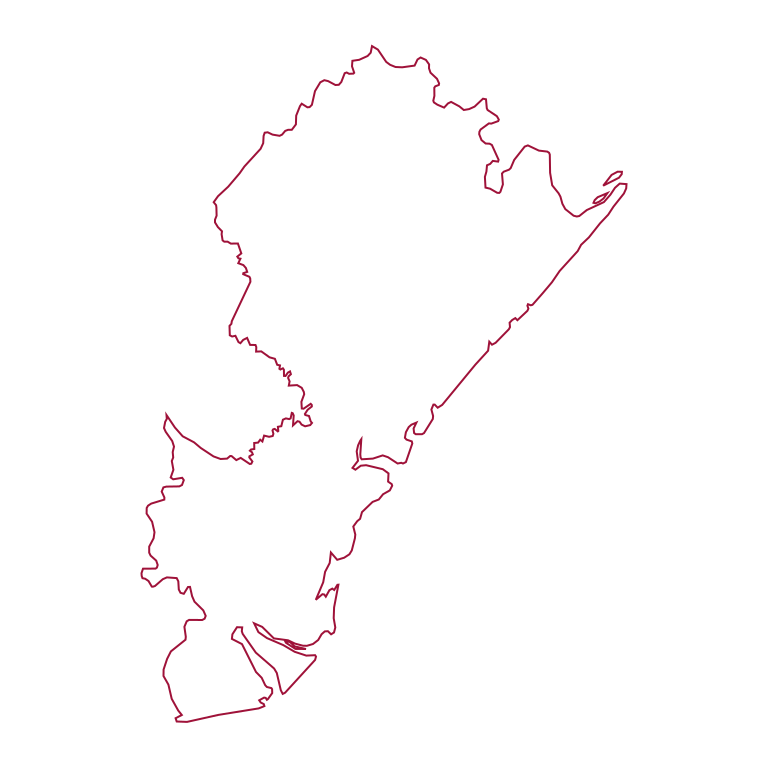 the district of Chinde, Zambezia, Mozambique
{"feature_id": "85939544B82585183947830", "entity_name": "Chinde", "entity_type": "district", "adm_level": 2, "iso_a3": "MOZ", "parent_name": "Mozambique", "parent_adm1": "Zambezia", "projection": "natural_earth1", "projection_center": [36.399, -18.468], "detail": "fine", "context": "isolated", "style": "outline", "palette": "rose", "viewbox_px": 768, "rotation_deg": 0, "n_neighbors": 0, "source": "geoboundaries", "source_scale": "gbopen_adm2", "svg_char_len": 6092}
<svg xmlns="http://www.w3.org/2000/svg" viewBox="0 0 768 768"><path d="M524.7,146.6L514.2,159.9L510.7,168.1L509.0,169.7L503.7,171.7L502.0,173.5L502.9,184.4L500.4,191.8L499.3,192.9L497.2,192.8L490.1,188.7L485.5,187.6L484.9,176.9L486.4,171.6L487.0,165.3L490.2,163.9L492.8,160.9L498.1,161.6L498.6,159.8L491.9,145.0L489.6,143.7L485.6,143.5L481.5,140.1L479.2,134.2L479.4,131.8L480.6,129.5L488.9,123.4L491.3,123.6L498.2,121.1L498.8,119.6L496.9,116.2L487.6,110.0L486.8,108.3L486.0,99.3L483.0,98.7L474.6,106.6L469.1,109.1L463.8,110.0L459.4,106.4L451.1,101.9L448.0,103.4L444.1,107.6L437.4,104.7L433.9,102.4L433.3,100.7L434.4,95.9L434.3,87.7L435.3,86.3L438.8,85.0L439.1,83.4L437.0,78.8L430.5,72.7L429.0,68.3L429.1,64.4L425.9,59.9L420.6,57.5L417.5,59.5L414.6,65.6L402.2,67.3L395.5,67.0L390.1,64.8L386.2,61.9L377.9,49.6L372.0,46.1L370.7,52.7L367.6,56.0L359.2,59.8L352.4,60.8L352.0,66.3L354.2,72.8L353.4,73.6L349.1,73.8L346.7,72.5L344.7,73.2L341.3,82.0L338.8,84.8L335.4,85.0L328.1,81.1L324.3,80.2L320.3,82.3L315.0,91.1L311.9,104.8L309.6,107.1L307.4,107.3L301.7,103.7L300.0,106.1L296.2,115.6L295.9,124.4L291.8,129.8L288.1,129.8L285.2,130.9L282.1,134.6L279.6,135.8L272.5,134.6L267.7,132.3L264.7,132.7L263.6,135.9L263.2,143.2L260.6,148.8L244.4,166.5L239.6,173.3L228.2,186.7L218.0,196.2L213.7,202.2L216.1,205.2L216.4,207.5L216.6,215.7L215.0,219.7L215.0,222.4L217.9,227.1L222.0,231.3L221.6,234.1L222.6,240.4L224.3,241.7L227.7,241.7L230.8,243.6L237.9,243.5L241.3,253.4L237.3,256.6L238.4,258.3L240.4,258.7L238.3,263.2L243.4,265.1L245.9,268.0L247.2,271.9L243.3,273.2L243.2,274.2L249.4,276.8L250.2,278.4L250.4,281.8L231.8,321.2L231.4,323.8L229.5,325.9L229.8,335.3L232.1,336.5L235.4,335.8L238.5,342.1L240.4,343.2L243.2,339.9L247.1,337.9L250.1,344.9L255.5,345.0L256.3,347.1L256.1,351.6L261.3,351.4L269.5,357.3L274.9,358.8L277.2,364.8L280.0,365.4L279.4,368.8L280.4,369.5L282.9,368.3L283.9,369.7L284.0,375.9L285.5,376.0L287.9,372.6L290.0,371.4L290.9,374.2L288.6,376.3L288.1,377.9L289.6,381.4L288.8,385.6L297.1,385.1L301.7,387.8L303.8,391.9L304.2,394.2L301.4,401.8L301.8,408.5L303.6,408.7L310.7,403.8L311.8,405.0L311.8,406.5L307.6,409.8L304.9,414.0L305.3,415.0L309.0,416.0L310.7,421.4L312.0,422.9L310.2,425.1L305.1,426.3L301.6,424.6L299.5,421.7L297.5,421.2L293.0,425.4L293.7,415.5L292.7,413.2L291.8,412.9L290.6,418.4L289.2,419.1L285.9,418.4L282.9,419.7L281.3,426.2L277.9,426.8L278.3,431.0L277.8,431.4L274.7,428.9L273.2,429.3L272.5,430.4L273.4,433.8L272.7,436.0L269.1,436.8L264.1,435.6L262.4,441.5L260.2,439.7L258.1,442.6L254.2,443.0L254.3,449.0L251.0,449.5L249.9,450.7L252.0,452.3L252.8,454.4L249.4,456.3L249.3,457.4L252.4,461.5L251.3,463.7L249.8,464.0L240.7,457.9L236.3,460.1L231.6,456.1L230.2,456.0L227.1,458.6L220.6,459.0L213.5,456.4L200.8,448.0L194.0,442.3L182.7,436.3L174.9,427.5L166.5,415.0L166.8,418.9L165.2,421.8L164.0,428.0L165.7,431.8L172.2,441.0L174.0,446.6L172.7,452.1L173.2,457.5L171.8,461.0L173.4,469.8L170.7,477.5L173.2,479.3L182.2,477.8L183.8,480.1L182.0,485.0L179.3,486.4L166.4,486.6L163.4,487.4L161.7,491.6L164.4,497.5L164.3,499.6L151.2,503.6L148.0,505.7L146.7,508.0L146.6,513.6L152.1,521.8L154.5,532.2L153.6,538.3L149.2,546.6L149.2,552.7L150.6,555.6L156.2,560.6L157.7,565.0L156.9,567.6L155.6,568.6L143.0,568.7L141.5,573.2L141.7,576.0L142.5,578.2L145.1,578.7L148.5,581.0L151.8,586.6L152.9,586.7L155.0,586.0L162.8,579.2L166.9,577.4L176.7,578.1L178.3,581.3L178.8,589.5L180.5,592.8L183.8,593.8L188.0,587.0L190.0,586.9L192.1,596.2L194.5,601.7L203.3,610.4L205.7,615.9L204.6,618.7L202.2,620.0L189.1,619.9L186.7,621.3L184.4,626.8L185.8,636.8L185.5,639.7L170.9,651.4L167.1,658.9L163.6,669.5L163.5,676.0L168.4,684.6L171.7,698.8L178.2,710.5L181.8,715.0L175.6,718.2L176.7,721.5L187.0,721.9L218.4,714.9L258.7,708.4L264.4,706.1L263.8,704.1L260.7,702.5L259.2,700.3L264.1,697.6L265.7,697.9L266.9,699.8L267.9,699.1L272.2,693.1L272.1,689.2L271.4,688.1L266.9,687.0L265.2,685.2L261.7,677.8L256.0,672.0L242.0,644.1L231.9,638.9L232.4,634.3L237.0,627.2L242.2,627.4L241.8,631.2L242.7,633.9L255.8,652.6L274.1,668.5L276.8,673.0L280.8,690.2L282.7,693.9L285.1,692.7L315.1,659.9L316.0,656.6L315.1,655.2L306.3,655.6L294.7,651.8L283.3,645.1L267.0,638.1L258.4,632.1L254.1,623.3L262.2,626.9L273.9,638.4L288.1,640.3L295.0,643.6L302.9,645.7L306.9,645.8L313.0,644.0L318.2,640.0L321.6,634.2L324.8,631.4L327.9,631.2L331.1,634.3L334.0,632.5L335.3,627.5L333.7,618.2L334.1,607.4L338.4,584.7L337.4,584.8L334.2,590.0L332.3,588.6L329.4,590.2L325.8,596.7L324.2,594.5L322.4,594.2L315.8,599.8L323.2,582.3L325.1,571.8L329.7,563.0L330.9,552.5L337.2,559.8L344.2,557.7L349.4,554.3L351.8,550.4L354.9,538.3L355.3,534.6L353.3,526.5L357.2,521.2L360.1,518.8L362.0,512.1L372.6,501.9L378.8,499.5L383.1,494.2L389.8,490.4L392.2,485.7L391.7,484.1L388.1,481.6L388.5,473.4L382.8,469.2L366.1,465.2L360.8,465.7L355.4,469.7L352.5,467.9L358.0,460.8L356.7,451.3L358.1,445.3L360.2,440.8L361.3,439.2L360.3,454.3L360.6,457.6L361.7,459.3L372.9,458.6L382.7,455.4L388.0,457.2L397.6,463.5L401.3,462.8L403.0,463.5L405.9,462.1L412.3,443.5L411.8,441.4L406.5,439.6L404.9,437.8L405.9,432.2L408.7,427.1L411.4,424.7L416.4,422.6L413.6,428.5L414.1,433.0L415.7,434.2L422.0,434.2L424.0,433.1L432.8,419.0L433.1,416.0L431.4,409.5L433.4,404.6L434.7,404.6L437.7,407.7L442.2,404.9L475.4,364.6L488.1,350.7L489.3,341.7L492.0,344.7L495.6,342.8L508.9,329.2L510.0,327.1L509.6,322.7L512.2,320.0L515.3,318.1L517.4,320.2L527.4,310.8L528.4,308.6L527.4,305.7L528.0,304.2L530.8,305.3L532.5,304.8L542.7,293.2L551.9,282.3L559.7,270.9L577.7,251.1L581.1,244.8L588.9,237.4L600.0,223.4L608.2,214.7L613.5,206.6L623.9,193.5L626.2,188.4L626.5,184.1L619.7,183.6L615.0,187.8L610.4,194.7L603.9,202.1L586.7,210.1L579.3,216.0L576.8,216.5L573.6,215.7L565.3,209.1L562.4,203.8L560.4,196.6L558.6,193.3L552.2,185.3L550.1,172.8L549.8,154.6L549.1,152.8L547.3,151.6L538.9,150.6L527.9,145.4L524.7,146.6ZM603.2,185.7L619.0,177.7L621.7,174.2L621.9,171.8L617.6,171.7L611.6,174.9L603.2,185.7ZM607.4,193.1L597.7,197.2L594.7,200.1L593.5,202.8L595.4,203.3L599.4,201.6L603.5,198.5L607.4,193.1ZM306.0,649.0L294.7,646.4L289.9,642.0L285.2,641.3L286.0,642.8L295.4,648.9L306.0,649.0Z" fill="none" stroke="#9f1239" stroke-width="2"/></svg>